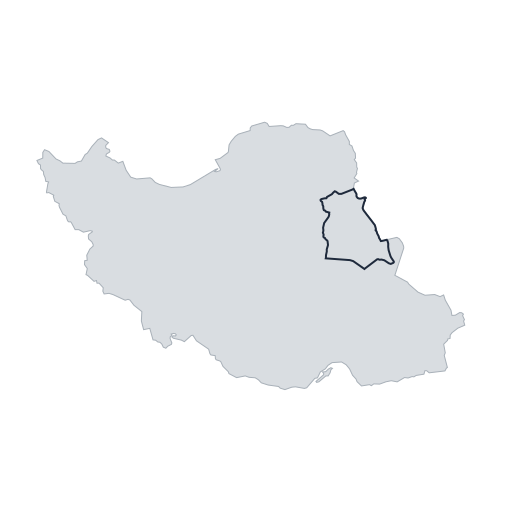 South Khorasan highlighted on a map of Iran, rotated 339°
{"feature_id": "IRN-3244", "entity_name": "South Khorasan", "entity_type": "Province", "adm_level": 1, "iso_a3": "IRN", "parent_name": "Iran", "parent_adm1": "", "projection": "orthographic", "projection_center": [59.888, 32.335], "detail": "fine", "context": "in_parent", "style": "outline", "palette": "slate", "viewbox_px": 512, "rotation_deg": 339, "n_neighbors": 0, "source": "natural_earth", "source_scale": "10m", "svg_char_len": 5511}
<svg xmlns="http://www.w3.org/2000/svg" viewBox="0 0 512 512"><g transform="rotate(339 256 256)"><path d="M252.5,151.5L257.5,152.0L266.8,149.4L267.6,148.7L270.7,142.6L274.0,140.0L279.6,136.9L283.2,135.9L295.5,136.8L296.5,134.4L298.6,133.1L312.0,134.2L314.0,136.2L314.7,139.8L325.8,143.2L328.1,144.3L330.8,147.0L333.0,147.7L335.9,146.6L337.7,147.4L340.7,146.8L349.4,150.7L350.5,154.7L352.1,156.6L354.0,158.2L361.0,161.3L363.1,163.1L368.2,170.4L382.3,170.2L383.2,171.8L383.1,174.9L384.2,182.5L383.1,185.3L385.0,187.7L384.8,192.4L385.5,195.7L384.0,200.3L382.3,201.2L383.3,205.2L381.9,209.1L382.1,210.6L379.8,213.9L379.7,215.2L375.6,218.3L378.6,222.8L374.0,223.1L371.1,227.9L371.9,233.7L371.2,236.6L371.7,238.3L372.9,239.4L379.1,240.5L379.3,241.2L372.7,249.6L373.0,252.8L377.9,269.7L377.2,278.1L377.9,286.8L394.2,289.1L396.0,291.3L397.3,296.1L397.3,299.7L396.8,301.5L378.7,323.8L388.1,334.7L388.6,337.1L394.3,347.8L399.7,353.2L409.0,356.0L413.3,359.9L417.2,359.6L416.9,365.1L418.6,376.5L417.6,381.7L420.9,382.7L425.9,381.8L427.7,382.7L428.8,384.6L427.5,385.7L427.8,390.1L426.5,391.1L426.1,395.4L418.6,395.7L411.6,397.8L409.0,399.4L407.6,402.5L405.3,402.2L404.6,403.4L399.6,405.6L398.0,414.2L396.1,416.3L394.7,428.7L393.6,428.9L391.2,431.0L375.8,427.1L374.2,424.2L372.6,423.6L370.4,426.5L362.7,424.9L360.1,425.4L358.5,424.5L354.3,424.4L351.1,422.7L342.7,424.1L337.6,420.9L332.2,420.0L325.5,419.9L320.1,417.6L317.2,418.4L315.9,416.8L307.9,415.1L305.3,409.5L305.3,406.8L303.4,401.9L302.9,394.9L301.2,389.8L297.9,385.6L288.8,382.8L284.0,383.9L280.3,386.2L274.5,387.3L269.7,391.8L267.1,391.3L256.1,397.2L253.8,397.0L246.0,392.3L242.4,391.3L235.1,391.1L231.2,388.0L230.3,385.9L221.1,380.8L215.5,376.3L213.9,372.4L211.6,369.4L206.1,366.8L203.0,364.1L194.3,362.6L188.6,356.1L188.7,354.1L185.6,347.2L185.3,342.3L184.6,341.0L181.7,338.7L181.3,337.4L182.2,334.4L178.4,332.2L178.0,330.7L178.4,326.0L170.0,313.8L168.7,307.4L167.0,307.0L158.4,310.3L156.2,307.8L149.3,303.1L148.5,301.5L150.3,300.9L152.1,301.8L153.3,301.1L152.9,299.7L151.2,298.7L148.8,298.5L149.3,299.8L146.9,300.8L146.2,302.3L146.3,307.0L145.3,308.2L141.3,308.6L138.8,309.8L136.8,307.9L136.5,304.4L135.4,302.1L133.5,301.1L132.2,298.7L129.8,297.4L130.9,285.5L124.7,284.5L125.7,275.6L129.5,267.0L124.4,258.3L122.5,251.9L121.0,250.6L118.0,250.4L108.7,240.8L105.4,238.2L100.6,237.0L100.4,234.0L102.0,230.9L100.3,226.5L99.7,225.1L97.8,224.4L98.3,221.8L95.7,221.6L91.8,213.7L90.6,212.5L94.0,207.3L92.8,202.6L94.4,199.0L96.9,199.5L98.3,194.6L103.4,190.0L107.6,188.3L108.1,186.8L107.8,183.9L105.8,180.1L106.6,177.2L107.5,175.9L111.8,174.8L112.1,174.2L110.3,172.9L103.4,171.9L100.0,167.9L96.6,166.6L95.6,158.7L95.2,157.6L93.5,157.1L92.7,155.6L92.9,150.4L90.8,147.8L90.0,140.1L90.2,138.2L91.1,136.7L87.8,132.9L88.1,127.8L89.0,126.8L85.3,122.5L83.3,122.1L83.2,121.4L87.5,114.1L88.9,112.5L86.5,111.0L87.2,107.2L87.0,103.9L87.8,100.9L86.5,98.5L86.2,97.1L87.4,93.8L86.0,91.9L85.7,88.3L92.0,88.2L94.1,82.9L96.7,81.0L100.1,84.2L104.1,93.8L107.0,96.8L109.0,100.1L120.3,104.7L123.0,104.1L127.0,104.8L132.9,100.0L135.3,99.6L142.1,94.9L150.2,90.7L154.1,90.4L158.9,97.3L155.4,98.9L154.7,100.4L154.8,102.0L157.2,103.9L157.2,105.8L156.3,106.6L152.8,107.2L151.7,108.9L154.9,112.2L156.3,114.9L158.2,115.7L160.7,119.9L165.6,119.9L165.5,129.4L167.3,137.5L172.1,141.3L185.2,145.1L186.5,146.8L188.3,151.2L191.5,154.6L201.4,161.6L212.7,165.4L220.4,165.8L249.3,160.7L252.0,160.8L247.6,162.3L249.2,163.2L252.8,163.4L253.7,162.8L253.9,161.6L252.5,151.5ZM285.2,389.0L283.3,391.6L280.4,393.8L278.2,393.0L269.6,396.0L267.3,395.7L267.0,394.6L276.6,391.1L277.1,390.1L276.6,388.1L279.6,389.0L283.0,387.5L285.8,387.1L287.1,388.3L285.2,389.0Z" fill="#d9dde1" stroke="#a8b0b8" stroke-width="1"/><path d="M371.2,228.3L371.4,230.2L372.0,233.7L371.9,234.6L371.3,235.9L371.2,236.6L371.7,238.3L372.9,239.4L374.4,240.0L375.9,240.1L377.3,240.0L378.0,240.1L378.6,240.2L378.9,240.4L379.2,240.7L379.4,241.0L379.3,241.3L379.0,241.4L378.1,241.5L377.8,241.7L377.7,242.0L377.8,242.4L377.8,242.8L377.7,243.3L377.5,243.5L376.9,243.9L376.4,244.4L375.6,245.4L374.7,246.6L373.7,248.0L372.8,249.3L372.7,249.6L372.7,251.4L373.0,252.8L373.6,254.7L374.2,256.9L374.9,259.1L375.6,261.5L376.4,264.1L377.3,267.3L378.0,269.7L377.9,271.5L377.7,273.3L377.6,273.7L377.1,274.4L376.9,274.7L377.0,274.9L377.2,275.0L377.3,275.1L377.1,275.6L377.2,275.8L377.3,276.0L377.3,276.3L377.4,276.8L377.2,278.2L377.3,279.3L377.6,281.4L377.4,283.0L377.4,283.6L377.7,284.7L377.9,286.8L378.6,287.0L380.5,287.3L383.8,287.7L383.8,287.8L384.2,289.1L383.9,291.8L382.7,294.8L381.9,298.1L381.5,304.0L381.6,305.8L382.6,310.2L382.6,310.9L382.3,311.3L381.7,311.6L379.0,311.7L377.4,310.4L374.3,306.0L371.9,304.3L370.1,303.8L369.6,303.4L368.9,302.7L367.9,302.5L353.3,306.7L352.6,307.0L344.9,295.6L342.2,293.5L320.3,283.2L320.6,282.8L321.7,280.2L323.7,277.2L324.4,275.2L327.0,271.8L327.4,270.8L327.6,269.7L328.0,268.4L328.1,267.2L327.3,265.9L326.8,264.6L326.8,263.9L326.2,263.3L325.9,262.8L325.8,262.3L326.1,261.4L326.7,260.6L326.8,259.9L326.8,258.2L327.3,257.6L328.1,256.2L328.8,253.6L331.5,249.6L337.5,245.7L338.3,244.9L339.3,243.4L339.4,242.7L340.0,241.7L337.1,239.6L337.0,238.9L336.8,238.4L336.3,238.0L335.8,237.5L335.8,236.6L336.0,235.3L336.5,234.1L336.6,233.2L336.4,232.2L336.9,230.6L337.1,229.1L336.3,227.9L336.2,227.3L336.5,226.6L337.5,226.3L340.5,226.7L342.4,227.3L342.9,226.9L343.5,226.3L349.0,225.5L350.8,224.5L352.7,223.8L353.7,224.7L355.6,227.7L358.0,228.6L369.7,228.5L371.2,228.3L371.2,228.3Z" fill="none" stroke="#1e293b" stroke-width="2"/></g></svg>